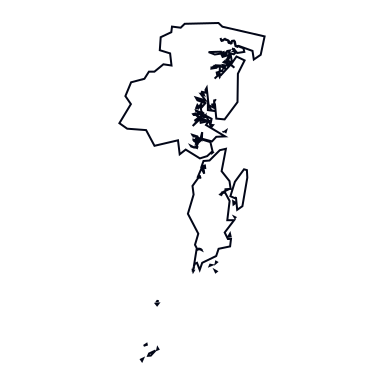 outline of Kota Baru, Kalimantan Selatan, Indonesia
{"feature_id": "22746128B85816588264471", "entity_name": "Kota Baru", "entity_type": "district", "adm_level": 2, "iso_a3": "IDN", "parent_name": "Indonesia", "parent_adm1": "Kalimantan Selatan", "projection": "orthographic", "projection_center": [116.169, -3.525], "detail": "fine", "context": "isolated", "style": "outline", "palette": "ink", "viewbox_px": 384, "rotation_deg": 0, "n_neighbors": 0, "source": "geoboundaries", "source_scale": "gbopen_adm2", "svg_char_len": 5853}
<svg xmlns="http://www.w3.org/2000/svg" viewBox="0 0 384 384"><path d="M159.8,50.2L170.1,53.4L171.5,65.5L163.4,64.3L154.4,71.7L148.9,71.7L144.4,78.8L131.1,82.3L125.4,96.1L130.9,104.1L119.4,123.2L127.2,128.7L146.1,130.1L154.5,145.8L178.0,140.3L179.7,154.3L185.7,149.6L199.9,158.4L207.2,156.1L212.5,151.2L210.4,142.1L201.8,139.5L197.1,143.8L197.6,143.7L197.7,143.9L196.6,144.9L197.4,146.4L197.3,147.4L196.8,147.8L196.2,147.9L195.4,146.9L194.2,147.6L191.2,146.5L190.7,145.7L194.0,147.4L195.5,146.8L196.8,147.6L196.5,144.8L197.7,142.4L196.2,142.7L196.7,140.8L196.0,140.3L195.2,141.3L194.2,141.1L194.1,140.7L194.2,140.1L193.4,139.9L193.4,139.6L194.3,139.9L195.0,141.2L195.7,139.3L196.4,140.2L197.0,139.3L197.7,138.9L199.6,139.5L198.1,137.9L196.5,139.1L197.0,136.4L193.6,136.5L193.7,135.8L193.3,135.9L193.0,135.3L193.0,135.0L192.8,135.5L192.6,135.4L192.3,134.8L196.9,136.3L200.3,139.4L202.2,132.1L201.9,138.7L212.0,141.4L216.3,136.8L225.1,136.4L206.0,125.0L208.7,121.1L200.7,122.8L200.1,119.0L192.7,126.0L199.6,118.4L194.4,120.8L198.8,117.5L195.8,114.9L193.8,115.0L193.1,114.1L195.7,113.4L199.2,117.3L202.9,115.2L198.6,114.0L199.6,113.1L198.0,113.4L197.9,111.8L196.2,111.2L196.0,110.6L204.0,113.7L201.4,111.5L200.4,105.9L198.3,108.3L197.8,106.6L196.8,107.9L196.6,107.9L196.6,108.1L196.2,108.3L196.1,108.2L197.4,105.0L198.9,107.0L201.3,103.6L201.6,107.5L205.3,103.2L197.4,100.3L195.8,97.5L205.5,100.4L201.1,94.4L203.7,95.3L201.4,93.0L201.9,91.8L205.8,92.7L205.5,89.8L206.7,87.7L208.6,105.2L214.0,107.8L212.3,104.5L214.2,104.1L214.1,100.9L214.3,100.3L215.1,100.3L215.2,99.9L214.9,99.7L215.3,99.9L215.1,100.4L214.2,100.9L214.4,103.8L212.9,105.5L215.0,104.7L216.3,118.6L224.6,119.4L237.5,102.1L237.9,73.7L244.6,60.4L236.5,56.5L230.9,64.6L234.4,67.7L230.6,64.7L221.1,75.0L219.1,73.3L219.0,75.0L219.6,76.0L219.8,76.8L219.7,77.0L218.8,74.7L214.6,78.6L218.6,74.7L217.1,74.4L216.7,72.5L223.3,70.6L219.7,70.6L220.0,65.9L218.4,66.7L216.9,67.0L216.5,67.8L215.7,67.9L211.4,68.6L211.5,67.5L213.1,67.7L213.2,66.7L214.5,65.8L215.3,65.8L215.8,66.2L215.9,65.3L219.6,65.5L224.9,68.7L225.0,65.7L222.5,66.3L222.4,65.0L226.9,65.6L226.7,64.8L227.6,63.7L227.2,62.9L225.7,62.9L225.4,62.1L225.3,62.6L225.1,62.7L224.7,62.3L224.2,62.5L224.1,62.4L224.1,62.1L223.8,62.3L223.6,62.2L224.8,61.2L227.4,62.7L226.9,59.5L229.3,54.8L222.6,56.9L221.0,53.6L214.8,54.5L208.6,52.1L221.0,51.7L222.8,54.8L222.9,54.7L222.5,54.0L222.3,53.3L222.8,52.3L223.5,52.1L223.0,54.8L226.1,52.3L225.9,54.7L227.2,51.0L229.9,50.5L228.8,52.9L233.8,54.3L236.0,52.2L233.4,51.3L234.7,50.6L234.2,49.7L234.1,49.3L233.7,49.5L232.8,49.2L232.9,48.8L234.1,49.2L237.2,53.0L244.3,51.9L243.4,48.2L239.8,46.9L238.7,46.0L237.5,46.9L235.5,46.1L234.1,40.8L232.0,41.0L231.6,43.2L230.9,43.4L228.7,42.9L228.4,42.4L228.1,40.4L225.8,39.9L225.3,39.6L224.9,39.0L223.2,40.4L222.7,40.7L222.1,40.8L221.7,40.9L221.2,40.4L220.5,38.0L221.6,40.7L224.8,38.9L228.3,40.4L230.8,43.3L232.0,40.9L233.9,40.6L234.9,41.5L235.8,46.1L238.7,45.9L252.5,50.9L253.8,59.5L260.7,54.8L264.6,36.4L222.4,26.7L218.5,23.0L184.7,23.8L180.7,27.7L172.0,26.6L171.3,32.2L160.7,37.2L159.8,50.2ZM196.6,249.3L193.8,266.6L194.8,263.9L197.0,262.8L199.7,269.9L202.2,262.8L216.2,256.0L218.6,248.8L230.1,246.4L231.0,238.9L227.9,239.0L224.7,232.5L234.1,220.2L227.3,220.2L229.6,201.0L225.0,192.4L223.8,192.9L222.1,192.6L222.0,193.8L221.6,194.6L221.3,194.7L220.9,194.3L220.8,194.6L220.7,194.7L220.4,194.7L220.2,194.5L221.0,194.2L221.4,194.6L222.1,192.5L227.5,189.9L225.8,189.6L224.6,189.3L230.6,188.9L229.5,181.1L221.6,171.2L225.9,148.8L219.8,150.2L209.5,160.5L203.5,161.0L201.6,166.4L204.9,165.5L205.2,168.0L200.7,167.6L201.7,168.1L203.8,170.0L204.2,173.7L201.5,168.3L197.8,176.9L198.7,177.1L198.5,176.8L198.3,176.0L198.4,175.9L198.8,175.7L199.1,175.7L199.4,176.0L199.6,176.0L199.8,176.0L200.6,178.5L198.5,175.8L198.8,177.2L192.5,185.9L193.6,194.6L187.9,213.8L198.3,233.7L195.0,244.8L197.5,249.6L198.9,248.6L200.7,249.0L201.2,249.5L200.9,249.6L201.4,249.7L201.6,250.1L198.9,248.7L197.8,249.7L196.6,249.3ZM244.0,169.3L234.9,181.8L230.4,196.2L234.7,198.1L235.6,197.7L236.0,197.9L237.2,209.8L242.4,206.2L247.3,177.7L246.9,170.1L244.0,169.3ZM207.9,105.0L207.9,110.1L215.3,111.1L211.5,110.3L207.9,105.0ZM230.7,54.9L228.2,59.9L228.5,61.1L229.4,61.3L229.8,62.2L227.1,65.6L231.8,61.1L230.7,54.9ZM211.6,118.8L206.0,115.8L210.5,124.3L211.6,118.8ZM155.5,350.5L149.1,353.5L148.1,355.8L150.8,355.6L155.5,350.5ZM204.5,119.7L202.4,120.1L206.9,120.6L204.5,119.7ZM230.6,236.4L230.0,233.7L228.3,236.7L230.6,236.4ZM213.0,125.1L210.2,124.8L211.2,127.3L213.0,125.1ZM233.5,204.5L235.7,202.9L233.2,201.3L233.5,204.5ZM143.7,345.8L146.8,344.8L146.6,343.9L143.7,345.8ZM198.9,139.6L196.6,140.1L198.1,141.7L198.9,139.6ZM158.4,303.5L155.9,303.7L157.1,305.2L158.4,303.5ZM141.0,359.5L142.0,361.0L143.1,358.5L141.0,359.5ZM216.3,66.2L215.9,65.4L215.9,66.3L214.5,65.9L214.3,66.9L216.3,66.2ZM204.2,117.4L205.6,117.1L205.6,115.5L204.2,117.4ZM202.6,118.8L200.1,118.8L202.0,120.3L202.6,118.8ZM211.8,265.0L210.2,264.7L209.7,265.9L211.8,265.0ZM216.7,271.4L214.8,270.3L215.7,272.2L216.7,271.4ZM216.0,261.7L215.7,263.2L216.9,262.2L216.0,261.7ZM226.2,130.5L224.8,131.5L225.7,132.1L226.2,130.5ZM193.9,270.4L192.8,270.1L193.2,271.6L193.9,270.4ZM224.2,54.8L225.7,54.8L224.2,54.2L224.2,54.8ZM158.4,349.2L157.6,347.9L157.2,349.7L158.4,349.2ZM203.4,93.6L202.0,93.4L203.8,94.7L203.4,93.6ZM158.7,301.1L157.3,300.9L157.1,301.2L158.7,301.1ZM203.1,100.7L201.3,100.7L203.4,101.0L203.1,100.7ZM223.1,132.3L223.6,131.5L223.2,131.8L223.1,132.3ZM213.0,152.3L212.5,151.9L212.4,152.8L213.0,152.3ZM235.4,217.4L234.4,216.9L235.0,217.9L235.4,217.4ZM193.9,267.9L193.8,266.9L193.4,268.4L193.9,267.9ZM200.3,99.7L199.0,99.0L198.8,99.0L199.0,99.5L200.3,99.7ZM223.4,69.7L222.9,69.2L222.3,69.0L223.4,69.7ZM201.0,117.2L201.5,117.3L201.7,117.1L201.0,117.2ZM201.2,100.2L200.1,100.0L201.1,100.4L201.2,100.2Z" fill="none" stroke="#020617" stroke-width="2"/></svg>